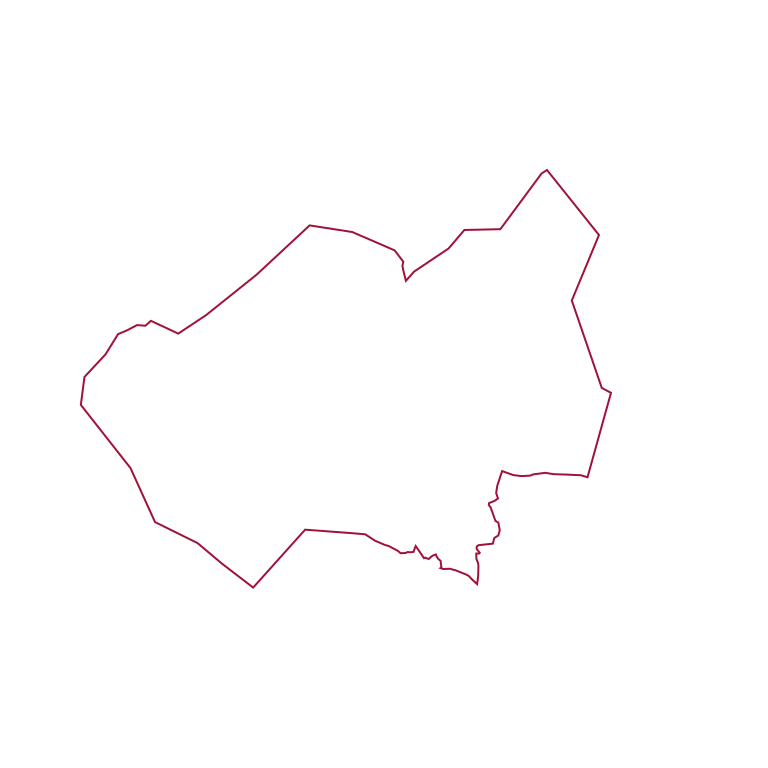 Boripe, Osun, Nigeria, rotated 229°
{"feature_id": "59680162B47985033068277", "entity_name": "Boripe", "entity_type": "district", "adm_level": 2, "iso_a3": "NGA", "parent_name": "Nigeria", "parent_adm1": "Osun", "projection": "orthographic", "projection_center": [4.688, 7.896], "detail": "fine", "context": "isolated", "style": "outline", "palette": "rose", "viewbox_px": 768, "rotation_deg": 229, "n_neighbors": 0, "source": "geoboundaries", "source_scale": "gbopen_adm2", "svg_char_len": 1438}
<svg xmlns="http://www.w3.org/2000/svg" viewBox="0 0 768 768"><g transform="rotate(229 384 384)"><path d="M552.5,431.9L550.1,359.6L552.7,295.1L557.0,261.8L584.6,249.5L584.5,242.2L590.5,236.2L593.2,224.8L596.1,216.0L589.1,193.4L585.8,162.5L567.1,141.5L486.8,137.5L430.0,120.6L386.3,138.9L354.5,143.9L316.2,151.7L325.8,228.9L293.0,261.4L282.9,271.2L271.7,274.4L261.7,279.2L259.0,281.1L249.0,285.0L245.4,285.5L242.3,289.4L241.7,291.5L239.7,293.5L237.9,296.1L239.5,298.9L240.9,301.6L231.7,300.6L226.3,299.9L225.7,301.4L224.1,302.0L222.6,303.0L222.7,306.1L222.5,308.3L221.3,311.3L218.9,310.5L216.6,310.2L213.4,310.7L211.2,309.1L207.9,307.0L208.0,305.9L205.4,307.4L203.8,309.5L201.3,312.5L196.3,315.9L192.9,317.6L187.4,320.5L183.8,322.0L179.0,322.2L171.9,323.0L177.0,328.8L179.9,331.5L185.0,336.1L187.3,337.6L191.4,339.0L195.5,342.4L193.7,344.5L193.8,345.5L198.7,345.7L200.2,347.0L200.6,348.3L200.2,349.8L192.1,361.4L195.4,366.2L194.7,370.9L197.7,375.4L204.4,379.4L207.6,378.3L220.9,383.5L223.8,383.7L225.2,385.1L223.2,391.0L222.8,394.9L228.1,397.1L232.8,402.6L240.8,416.0L230.5,421.8L224.4,427.2L219.1,434.0L217.8,437.5L211.1,447.5L204.6,452.9L196.4,461.8L185.9,472.8L180.1,476.4L228.4,549.5L238.2,545.8L323.8,580.5L355.4,644.0L438.6,647.4L439.5,641.0L424.5,573.4L447.5,545.7L443.9,521.6L449.1,480.5L447.5,468.2L456.3,472.7L460.9,475.3L463.7,478.8L477.9,479.7L519.6,459.7L552.5,431.9Z" fill="none" stroke="#9f1239" stroke-width="2"/></g></svg>